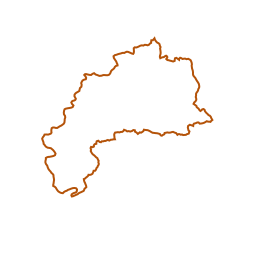 the district of Medeiros, Minas Gerais, Brazil, rotated 302°
{"feature_id": "56859067B84932936510356", "entity_name": "Medeiros", "entity_type": "district", "adm_level": 2, "iso_a3": "BRA", "parent_name": "Brazil", "parent_adm1": "Minas Gerais", "projection": "natural_earth1", "projection_center": [-46.359, -20.022], "detail": "fine", "context": "isolated", "style": "outline", "palette": "amber", "viewbox_px": 256, "rotation_deg": 302, "n_neighbors": 0, "source": "geoboundaries", "source_scale": "gbopen_adm2", "svg_char_len": 5219}
<svg xmlns="http://www.w3.org/2000/svg" viewBox="0 0 256 256"><g transform="rotate(302 128 128)"><path d="M218.1,102.9L216.6,102.7L215.6,102.6L214.8,101.3L213.6,101.8L212.4,102.5L211.1,101.8L209.8,101.7L208.6,100.9L208.1,99.4L207.3,98.0L206.1,97.4L205.4,95.9L204.3,94.8L202.9,94.0L201.7,93.2L200.7,92.4L199.9,90.9L198.7,90.6L197.4,91.5L196.2,92.4L194.7,93.1L193.6,93.1L193.2,91.8L193.0,90.3L192.8,88.8L192.5,87.4L191.9,86.4L190.8,85.7L189.6,85.0L189.1,83.9L188.3,83.1L187.4,82.4L186.3,81.3L185.2,80.3L184.1,79.5L182.9,78.3L181.2,77.7L179.9,78.9L179.1,80.6L178.2,82.7L177.0,84.3L176.4,85.3L175.5,86.0L174.3,84.9L172.9,84.5L171.2,84.6L169.8,84.2L168.6,83.7L167.0,83.5L165.6,83.9L164.1,83.9L163.1,83.7L162.1,82.9L161.3,81.7L160.5,80.1L159.7,78.9L158.3,77.8L157.0,76.1L156.7,74.2L156.2,72.2L156.5,70.2L155.1,69.2L153.4,68.6L152.6,67.1L152.0,65.4L151.5,63.8L150.8,63.0L149.8,62.8L149.2,64.7L148.3,66.0L147.0,66.4L145.7,65.1L144.2,64.3L142.8,64.3L141.3,64.5L140.1,65.8L138.3,66.6L136.4,66.1L134.9,66.6L133.7,67.1L132.0,66.3L130.6,65.5L129.4,65.1L128.0,65.0L126.6,65.7L125.8,67.1L125.1,68.3L123.9,68.4L122.9,67.9L122.0,67.0L121.0,66.4L119.6,66.4L118.7,67.8L118.2,69.8L116.5,70.0L115.3,69.2L114.0,67.8L112.6,66.2L111.3,64.9L110.3,64.3L108.9,64.6L107.2,65.3L105.7,66.4L104.9,68.2L103.7,69.2L102.0,69.6L100.6,70.4L98.9,71.2L97.2,71.2L96.2,70.7L95.0,70.3L93.6,69.4L92.0,68.6L90.6,68.0L89.8,66.7L89.4,65.4L88.7,64.1L87.5,63.4L86.5,63.7L85.4,64.2L84.5,64.8L83.5,65.6L82.3,65.5L81.2,64.7L80.1,63.8L79.3,62.3L78.2,60.7L76.5,60.9L75.0,60.7L73.4,60.9L72.2,62.4L71.5,63.4L70.7,64.2L69.8,64.9L69.4,66.4L68.7,68.0L68.7,70.2L69.4,71.8L70.0,73.3L69.6,76.1L68.9,78.2L67.9,80.1L66.3,80.5L64.9,79.7L63.6,78.5L62.8,77.6L62.0,76.8L61.3,75.8L60.5,75.0L59.1,74.2L57.8,75.0L56.2,75.5L54.9,76.3L53.9,77.7L53.3,79.4L52.0,80.9L51.0,82.4L50.4,84.0L50.0,85.5L49.3,86.9L49.2,88.2L48.6,89.7L47.3,90.6L45.9,91.9L44.8,92.8L43.6,93.3L42.5,93.8L41.4,94.3L40.4,94.6L39.2,95.3L39.4,96.9L39.1,98.4L38.4,99.7L37.8,101.0L37.3,102.5L37.3,104.3L37.5,105.7L38.2,107.3L40.0,107.7L41.3,108.4L42.3,109.3L43.6,109.8L44.7,110.7L46.5,112.0L47.9,113.2L48.9,114.6L49.4,116.0L48.9,117.3L47.5,118.0L46.3,118.1L45.3,117.6L44.4,116.7L43.3,116.0L41.9,115.4L40.8,115.7L40.2,116.7L41.1,117.6L42.0,118.2L42.9,118.8L44.1,119.6L45.2,120.4L46.5,120.7L47.6,121.4L48.7,122.2L50.0,123.0L51.1,123.7L52.3,123.6L53.5,123.3L54.6,123.7L55.8,124.0L57.0,122.9L57.9,121.6L58.7,120.6L59.3,119.5L60.3,118.4L61.3,117.6L62.2,118.3L63.5,118.6L65.1,119.2L66.4,119.5L67.4,119.3L68.0,120.5L69.1,121.5L70.3,122.1L72.0,121.9L73.5,121.5L74.4,122.8L75.8,122.9L77.3,122.5L78.7,122.8L79.8,122.5L80.9,122.6L82.1,122.3L83.1,121.1L84.7,120.4L85.2,119.3L86.2,118.0L86.3,116.3L86.6,115.2L86.9,113.8L87.0,112.3L87.3,111.2L88.0,109.8L88.7,108.6L90.0,108.2L91.1,106.9L92.4,106.7L93.0,108.2L94.2,108.9L95.1,108.2L96.6,108.3L97.8,109.5L99.0,108.8L100.2,108.5L101.5,109.6L101.1,111.3L101.6,112.6L102.8,112.8L103.6,114.1L104.5,114.8L105.2,115.9L106.3,116.5L107.2,117.3L107.4,118.8L108.9,119.6L109.6,120.6L110.7,121.7L111.5,122.9L112.3,121.9L113.8,120.8L114.9,119.9L116.1,119.5L117.3,119.5L118.2,120.6L119.1,121.6L119.8,123.2L120.7,123.8L121.7,125.2L123.0,125.7L124.4,125.6L124.8,127.7L124.7,129.1L125.7,130.2L126.2,131.8L127.6,133.0L129.1,133.6L129.7,135.0L128.6,135.9L128.7,137.6L128.2,139.5L129.4,139.9L130.6,140.3L130.9,141.5L132.0,142.1L133.6,142.7L135.0,142.4L135.6,143.9L136.6,145.9L136.9,148.0L136.9,150.2L137.0,151.4L137.6,152.6L138.3,154.2L139.0,155.5L139.4,156.8L139.8,158.2L139.1,159.6L139.4,160.8L140.5,161.2L141.9,162.1L143.2,161.7L144.2,162.8L145.1,163.7L145.6,165.0L146.5,166.3L147.7,167.3L148.6,168.3L148.8,169.9L149.2,171.6L148.4,173.5L149.5,174.0L150.1,175.0L150.3,176.4L151.1,177.2L151.2,178.5L152.1,179.6L152.8,180.7L153.8,181.1L154.6,181.8L155.5,182.5L156.5,182.2L157.7,181.9L158.0,180.6L159.1,179.5L160.1,178.5L161.6,177.9L163.5,178.7L164.1,181.0L164.3,182.2L165.5,181.6L166.6,181.6L168.0,182.9L169.4,183.8L170.1,184.9L169.7,186.5L170.6,187.7L171.7,188.9L173.1,190.0L174.3,190.6L175.5,191.2L175.8,192.5L176.4,193.5L176.9,194.7L178.1,194.8L179.5,195.3L180.5,193.4L181.4,192.2L181.8,190.8L181.6,189.4L182.0,188.3L182.3,186.5L183.0,184.4L184.0,183.3L184.1,182.0L183.2,181.1L182.0,180.9L180.8,180.4L181.1,179.0L181.8,177.6L182.1,175.2L183.0,174.3L183.1,172.8L183.2,170.8L184.8,170.6L186.3,171.1L188.1,171.0L189.4,170.0L190.2,169.0L191.5,168.6L193.0,167.6L194.5,167.4L195.6,167.6L197.0,167.5L198.2,167.0L199.3,167.0L200.6,166.7L201.9,165.7L203.0,164.6L203.9,162.9L204.4,161.7L205.1,160.3L206.1,158.6L206.6,157.0L207.1,155.6L208.2,154.5L209.7,153.6L211.0,152.5L212.4,150.8L213.7,149.7L214.7,148.9L215.8,148.5L217.0,147.5L218.1,146.1L218.7,145.1L218.7,143.8L218.6,142.4L217.4,141.2L217.1,139.6L216.4,138.7L215.4,137.6L215.5,136.2L215.2,135.0L214.1,134.7L212.9,135.2L213.0,133.5L213.1,131.8L212.0,130.9L211.0,131.3L209.6,132.0L208.3,131.0L207.8,129.2L207.3,127.7L207.0,126.5L206.5,125.4L206.8,123.9L208.5,124.0L209.4,123.3L209.5,122.0L208.4,121.3L207.1,120.8L206.0,119.5L204.3,118.4L205.1,117.4L206.3,116.8L207.6,116.5L209.0,115.9L210.6,114.7L212.4,113.1L213.9,112.7L214.6,111.5L215.8,110.3L216.1,109.0L215.9,107.6L216.3,105.9L217.1,104.1L218.1,102.9Z" fill="none" stroke="#b45309" stroke-width="2"/></g></svg>